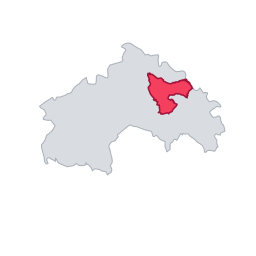 Kankan, Kankan, Guinea (highlighted), rotated 321°
{"feature_id": "49546643B29721322070698", "entity_name": "Kankan", "entity_type": "district", "adm_level": 2, "iso_a3": "GIN", "parent_name": "Guinea", "parent_adm1": "Kankan", "projection": "robinson", "projection_center": [-9.056, 10.226], "detail": "medium", "context": "in_parent", "style": "filled", "palette": "rose", "viewbox_px": 256, "rotation_deg": 321, "n_neighbors": 0, "source": "geoboundaries", "source_scale": "gbopen_adm2", "svg_char_len": 5425}
<svg xmlns="http://www.w3.org/2000/svg" viewBox="0 0 256 256"><g transform="rotate(321 128 128)"><path d="M153.2,166.8L151.4,166.6L150.6,166.9L148.2,170.1L146.8,171.3L144.6,171.0L143.8,171.2L143.2,170.8L144.0,169.1L145.1,165.6L148.1,162.2L148.1,161.4L146.9,159.4L145.7,156.7L145.7,153.7L145.4,151.6L142.9,151.0L142.4,150.6L142.3,149.9L143.8,146.2L143.9,145.4L143.7,144.8L142.1,142.9L139.6,139.4L135.4,132.2L133.8,130.7L132.3,128.5L131.7,127.1L130.1,126.6L115.2,126.7L114.9,128.6L109.8,129.8L106.6,128.4L103.1,129.2L101.4,130.2L100.0,134.4L99.3,135.3L98.5,137.2L97.8,138.2L97.1,140.3L95.4,143.2L93.6,145.1L90.6,146.1L89.7,149.2L89.0,150.4L87.8,151.3L86.6,151.9L84.2,151.3L82.8,151.8L82.6,151.1L83.3,148.6L82.7,147.3L80.4,144.8L80.2,143.5L79.5,142.0L76.4,138.7L73.5,138.9L74.3,136.1L74.3,132.5L73.3,130.5L73.6,128.5L73.0,128.6L72.1,130.0L70.5,129.5L67.4,127.4L65.8,125.3L65.6,123.5L65.3,122.8L64.3,123.1L62.3,123.1L56.4,119.9L52.1,111.9L52.0,110.1L52.7,107.0L52.5,106.1L50.6,108.2L50.2,106.8L48.7,103.6L48.3,101.8L46.9,100.9L45.7,100.8L44.8,101.4L43.6,105.2L42.8,105.1L41.8,104.3L42.1,101.5L44.4,98.0L48.3,89.1L49.7,87.1L50.6,86.4L52.4,86.3L55.9,85.1L60.3,82.4L63.7,82.6L67.6,82.3L72.8,80.4L72.8,74.4L72.7,73.1L70.9,71.9L69.8,70.8L68.9,69.5L67.8,68.6L67.8,67.6L70.1,66.3L72.2,66.4L72.9,65.9L73.4,65.0L74.0,62.9L74.2,60.6L72.9,57.6L73.0,55.4L80.5,55.7L84.6,56.3L88.0,56.5L88.6,57.0L88.1,59.1L88.5,60.3L89.7,60.6L91.6,59.2L92.6,59.5L94.7,61.3L96.6,61.8L98.8,62.8L100.8,63.3L102.6,63.3L104.0,64.3L106.5,64.6L109.7,63.3L112.3,62.7L115.9,62.6L117.8,63.0L123.2,62.0L127.5,62.6L126.8,63.3L124.9,68.0L125.1,68.9L129.5,72.9L130.5,73.2L131.7,72.7L133.6,70.8L135.1,68.8L136.5,67.8L138.2,67.9L139.5,69.3L142.6,75.3L143.4,76.0L144.1,76.0L145.5,74.9L146.2,73.6L149.1,69.6L153.5,67.7L164.1,72.2L165.7,72.5L166.6,72.2L167.9,69.5L171.9,67.2L173.8,66.6L174.9,66.5L175.3,65.8L175.5,64.7L175.3,63.6L174.1,61.6L174.0,61.0L174.7,60.6L176.3,60.3L178.2,60.5L180.5,61.4L182.3,62.6L183.3,64.1L185.3,70.4L187.5,75.4L187.4,82.0L188.4,82.7L189.5,83.0L190.0,83.5L191.1,86.2L192.1,87.0L193.3,87.2L195.6,89.0L197.1,89.7L197.3,90.2L197.3,90.9L196.7,91.8L194.5,93.7L193.4,95.2L191.1,99.0L191.1,99.7L191.5,100.2L192.5,100.3L193.5,100.0L195.5,98.6L197.2,99.1L198.8,100.2L199.3,101.3L199.5,102.7L199.1,104.5L199.1,106.6L199.6,110.1L200.4,113.6L201.2,114.9L206.5,118.0L207.0,119.1L207.3,120.4L206.9,122.2L206.3,123.2L203.5,125.9L203.0,127.2L203.3,129.7L203.5,140.0L204.6,141.7L205.9,142.6L209.1,142.1L209.0,144.9L208.6,148.1L210.4,149.1L211.4,150.1L211.9,151.0L209.0,152.7L208.1,153.7L207.7,156.3L207.8,158.8L211.7,160.6L213.2,162.6L213.9,164.8L214.2,168.8L213.8,169.7L212.8,169.8L210.8,167.3L207.8,167.0L205.5,166.6L201.8,166.9L201.1,167.6L200.7,173.0L201.6,173.9L203.4,174.9L204.6,175.3L205.6,175.2L206.3,175.9L206.5,177.7L205.9,178.9L205.0,180.2L203.7,183.3L204.0,186.1L201.9,190.6L201.3,191.5L198.5,190.6L196.6,190.3L195.3,191.5L193.5,189.7L193.1,188.3L192.5,188.0L191.2,188.0L190.1,188.8L189.6,190.2L189.4,193.2L187.3,195.9L185.9,199.4L184.2,199.0L183.8,199.5L182.0,200.3L180.5,200.6L180.1,199.7L179.2,198.9L178.2,197.5L177.1,196.3L174.9,195.5L174.1,195.8L173.1,195.7L172.4,195.3L172.5,194.6L173.6,192.8L174.3,191.1L174.6,189.3L174.6,187.6L174.0,185.2L173.1,183.3L172.8,182.2L172.9,180.6L172.7,179.1L172.4,178.4L171.9,175.6L171.4,175.1L171.0,172.8L171.1,170.5L170.3,169.7L169.0,169.0L168.2,168.1L167.7,167.1L167.3,166.9L166.9,166.9L166.5,167.5L166.0,167.7L165.3,165.5L165.0,165.4L164.4,165.9L158.3,168.3L157.6,166.3L156.4,165.9L154.4,166.7L153.2,166.8Z" fill="#d9dde1" stroke="#a8b0b8" stroke-width="1"/><path d="M203.2,137.6L203.1,136.5L203.7,135.7L203.5,135.4L203.8,134.3L203.6,133.0L204.0,132.8L203.8,132.1L204.1,131.9L203.9,131.7L204.2,131.6L204.3,131.0L204.0,130.8L204.0,130.1L203.3,130.0L203.7,129.3L203.5,128.7L203.0,129.0L202.8,128.5L203.1,128.2L202.8,127.8L203.9,127.7L203.8,127.2L203.1,127.2L203.5,126.5L202.7,126.4L202.3,125.8L201.6,126.2L201.5,125.7L200.6,125.5L200.7,125.0L200.5,124.9L200.1,125.4L199.5,124.7L198.0,123.8L197.4,124.2L197.2,123.7L195.9,123.8L194.2,122.3L193.6,122.6L192.9,121.9L192.2,122.1L191.7,121.0L189.5,120.8L187.8,119.2L186.1,116.1L185.8,114.9L185.2,114.7L185.1,113.3L185.7,112.8L185.2,110.1L184.8,109.7L182.2,108.4L180.6,101.6L179.8,100.7L179.0,100.6L178.4,100.0L179.5,99.4L179.4,99.0L178.8,99.0L178.0,98.2L177.2,98.6L176.6,99.3L175.3,103.6L174.5,103.7L174.1,104.4L173.4,107.6L172.2,108.6L169.4,109.1L168.5,110.5L166.9,115.5L166.7,118.6L167.0,121.2L165.8,121.9L165.7,122.3L165.8,123.1L166.4,123.2L166.7,123.6L167.4,123.4L167.6,123.8L166.7,124.8L167.4,126.5L167.0,126.6L165.2,128.1L165.9,129.4L166.6,129.7L166.5,130.2L165.8,131.1L165.7,131.6L165.3,131.7L163.7,134.6L161.5,135.2L161.7,135.5L162.7,136.4L162.9,136.8L162.6,137.4L163.2,138.2L162.9,138.3L163.9,139.1L168.0,140.9L168.6,141.8L168.7,142.5L170.4,142.2L171.9,142.8L172.8,142.8L174.7,141.9L179.7,141.2L181.0,140.4L180.0,138.3L179.9,137.0L179.5,136.9L179.7,136.3L180.4,136.1L180.2,135.6L180.5,135.1L180.1,134.6L180.3,134.0L180.1,133.3L179.6,132.9L178.7,133.4L177.8,131.5L177.7,130.3L178.1,129.7L181.0,128.5L184.6,131.4L186.6,131.3L187.5,131.9L188.1,132.9L189.0,133.3L190.0,134.8L190.1,135.5L191.4,137.0L192.4,139.5L192.2,139.8L192.5,140.9L192.8,141.0L193.0,141.6L193.6,141.3L193.7,140.4L194.0,140.2L194.2,140.5L194.7,139.9L195.0,140.1L195.3,139.5L195.1,138.9L195.4,138.7L196.4,139.0L198.4,137.7L203.2,137.6Z" fill="#f43f5e" stroke="#9f1239" stroke-width="1.5"/></g></svg>